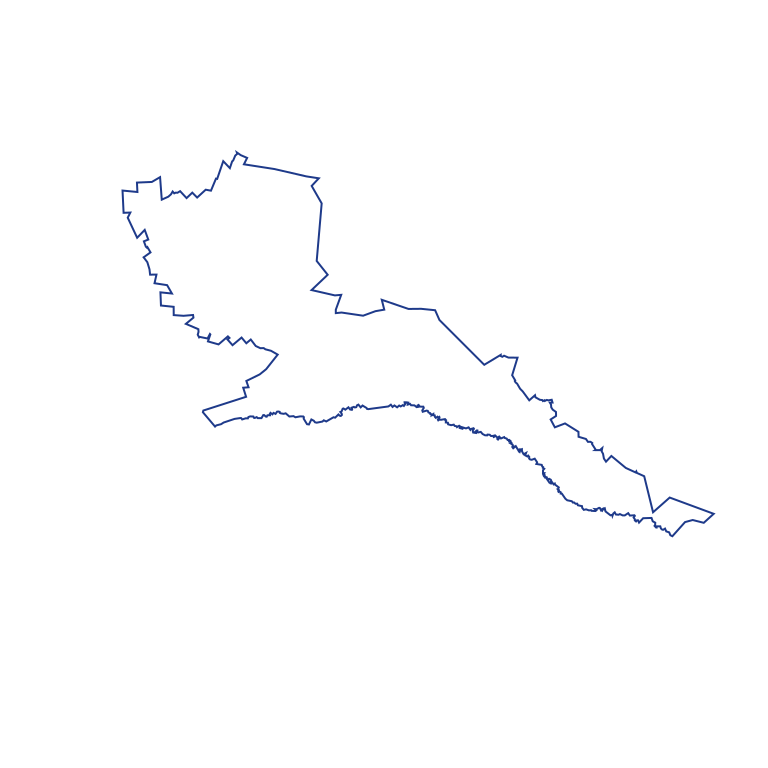 Ojinaga, Chihuahua, Mexico (Mercator projection), rotated 137°
{"feature_id": "50627088B59810365960374", "entity_name": "Ojinaga", "entity_type": "district", "adm_level": 2, "iso_a3": "MEX", "parent_name": "Mexico", "parent_adm1": "Chihuahua", "projection": "mercator", "projection_center": [-104.612, 29.546], "detail": "fine", "context": "isolated", "style": "outline", "palette": "blue", "viewbox_px": 768, "rotation_deg": 137, "n_neighbors": 0, "source": "geoboundaries", "source_scale": "gbopen_adm2", "svg_char_len": 6146}
<svg xmlns="http://www.w3.org/2000/svg" viewBox="0 0 768 768"><g transform="rotate(137 384 384)"><path d="M231.4,64.2L252.5,106.1L274.7,106.7L256.6,139.1L259.7,146.5L259.1,148.0L260.3,147.7L264.4,157.7L266.8,176.3L274.6,175.8L274.0,179.5L271.4,183.6L270.7,186.4L268.1,188.3L271.2,188.4L274.6,191.6L274.0,191.5L272.8,198.2L271.9,198.8L272.4,200.9L274.3,202.6L273.8,206.1L277.7,212.7L274.4,216.4L278.5,231.7L288.6,235.8L286.3,244.4L280.0,243.3L279.0,244.3L277.3,246.3L278.1,250.2L277.6,252.9L275.9,255.0L275.4,257.2L273.4,255.5L272.1,258.1L274.9,259.9L275.8,261.3L277.9,261.9L277.7,262.6L279.4,263.1L279.2,264.3L280.8,266.2L282.3,271.0L281.2,272.8L288.9,273.0L287.6,284.0L287.7,287.7L286.4,293.5L286.7,295.4L286.3,297.0L285.6,297.1L284.3,303.0L268.4,312.2L275.0,318.5L276.9,322.8L278.9,323.2L279.6,324.9L278.8,325.7L297.6,329.7L299.8,393.0L296.3,403.1L305.6,413.7L314.9,422.2L328.2,447.1L333.1,438.2L340.6,443.1L352.7,448.2L366.3,465.2L370.9,468.7L368.6,471.2L354.5,478.4L359.5,482.3L372.9,502.1L350.7,502.3L349.3,519.9L306.4,558.6L301.8,578.2L291.4,578.9L299.2,588.8L317.5,615.9L336.6,640.2L329.9,642.7L332.7,649.1L333.7,653.7L334.3,652.4L337.0,652.5L341.9,650.3L343.2,650.4L349.5,647.0L349.6,656.6L366.1,647.8L366.8,648.8L378.7,643.4L381.9,647.7L393.5,647.8L393.7,654.7L401.6,654.6L401.6,664.1L404.6,664.7L405.8,666.0L407.4,666.5L407.3,668.9L410.5,668.0L414.0,668.1L420.8,670.4L406.7,688.0L416.0,690.1L427.3,699.8L433.4,692.6L443.3,703.8L457.7,686.8L452.6,682.4L458.0,680.4L464.8,659.3L453.9,659.9L457.9,650.4L462.3,652.1L464.5,646.9L464.4,645.3L463.7,645.4L465.0,639.5L473.4,640.6L474.0,634.5L477.3,627.8L480.5,623.5L475.8,619.2L483.1,614.2L475.2,604.2L477.4,594.8L485.0,603.5L493.6,593.5L485.2,583.9L490.8,577.8L484.1,570.6L476.6,564.7L478.1,562.5L487.9,563.1L482.4,550.7L484.1,548.6L486.6,547.1L487.4,544.2L486.7,544.2L482.0,537.6L477.2,539.3L477.2,538.7L483.7,535.2L478.0,525.8L465.7,525.3L465.6,523.1L468.1,523.3L468.3,515.7L456.5,515.1L456.9,507.7L451.1,507.4L451.9,499.3L450.0,494.5L447.5,492.3L447.1,490.3L444.0,485.4L441.7,478.0L460.1,475.2L468.4,475.8L482.6,480.1L485.3,474.0L489.5,477.3L493.6,468.7L534.2,487.8L535.7,486.9L536.6,468.1L534.9,468.1L530.5,465.7L527.6,465.2L517.1,460.4L512.3,457.1L511.7,456.4L511.9,454.8L508.5,453.2L507.0,451.7L505.7,452.3L504.0,451.6L501.7,449.3L502.2,448.1L501.7,447.3L499.7,446.6L499.6,445.1L496.9,442.6L493.5,443.6L492.8,442.9L492.7,440.9L492.1,440.1L490.6,440.6L488.7,438.9L488.1,439.9L486.7,440.3L486.3,437.9L484.5,438.2L483.7,436.1L481.1,436.7L480.1,436.0L479.3,434.8L479.9,433.9L479.5,432.9L477.7,430.6L475.9,429.6L475.4,424.8L472.1,422.2L471.5,420.1L467.4,417.5L465.2,415.3L465.2,414.4L466.4,413.4L467.7,407.1L466.5,405.6L461.3,407.6L460.4,405.0L460.6,403.1L459.6,401.6L454.6,398.5L452.8,398.5L451.8,396.0L443.6,394.1L442.7,392.7L438.1,392.8L438.1,391.2L437.4,390.1L435.9,390.1L435.2,391.1L435.0,393.3L433.7,392.9L431.1,394.1L430.3,393.7L429.8,391.6L425.9,391.2L426.2,388.5L425.1,387.0L424.4,387.3L423.9,388.8L421.6,387.8L421.3,386.7L420.1,386.0L418.2,386.8L416.8,386.4L417.0,382.8L414.4,382.9L413.1,378.3L413.4,377.4L412.7,376.4L396.1,364.6L393.1,364.2L393.4,361.4L391.0,361.2L390.3,358.0L387.6,357.9L387.1,356.2L384.6,355.7L384.4,354.4L381.7,354.9L381.9,356.0L381.4,356.6L379.8,355.0L378.9,353.8L380.6,352.7L378.5,351.7L378.7,350.0L376.3,347.6L375.9,344.8L374.5,343.9L373.8,344.4L373.8,345.3L373.0,345.1L373.2,343.0L370.7,340.6L371.2,339.4L374.0,338.6L374.6,337.3L371.0,335.5L370.3,334.5L370.9,332.9L370.1,331.2L370.6,330.4L369.8,329.3L370.5,328.7L368.4,328.4L369.2,327.5L368.3,326.5L369.2,325.1L369.2,323.9L367.2,323.6L367.3,322.5L366.0,322.2L366.3,321.6L368.9,321.2L369.1,320.4L367.5,320.1L366.8,319.0L363.3,316.7L363.3,315.3L364.0,315.3L364.2,314.3L365.0,313.7L363.7,312.1L364.6,310.8L363.0,308.1L360.7,306.7L360.9,305.1L359.7,303.5L360.0,302.7L357.5,302.2L357.3,301.2L358.6,300.2L357.1,297.7L356.4,297.8L356.9,298.2L356.4,299.2L354.3,295.6L351.7,294.6L352.1,291.6L351.1,291.8L348.7,290.6L348.8,289.9L350.8,289.5L351.9,287.7L350.1,285.4L348.9,286.3L349.1,286.8L347.7,286.7L347.4,286.3L348.3,285.5L348.3,284.4L345.9,283.0L346.0,280.2L345.1,277.6L343.6,276.1L342.8,276.4L341.3,274.8L341.2,273.0L339.5,271.5L339.9,270.4L339.3,270.2L338.5,271.1L337.8,270.7L337.6,267.3L338.6,266.6L338.5,265.6L336.5,265.8L336.5,267.1L335.6,267.0L335.6,264.4L332.3,263.2L332.5,262.2L331.5,260.4L331.8,258.7L330.6,257.8L330.5,257.0L331.3,257.4L331.7,256.7L330.7,255.8L330.9,254.2L332.0,254.5L331.3,251.9L332.2,250.7L331.9,250.3L333.1,250.4L333.3,248.9L330.0,248.7L330.9,244.4L329.8,243.9L331.4,242.7L331.2,241.7L329.0,242.9L327.6,242.3L329.0,240.6L329.8,237.4L327.1,236.7L329.4,235.5L328.6,233.2L327.4,233.3L327.5,231.6L328.7,230.5L328.6,229.2L327.6,227.8L324.7,226.6L325.4,222.3L327.1,221.6L323.8,217.3L324.5,215.8L324.3,214.7L325.0,214.3L324.6,212.7L326.5,212.5L328.3,210.6L327.6,209.6L329.1,209.6L329.5,208.6L328.6,209.0L328.4,208.3L330.0,205.7L329.3,205.0L329.1,205.7L328.6,204.6L329.6,203.8L330.0,201.0L328.8,202.4L327.9,202.1L327.3,200.2L328.2,197.9L328.5,198.7L329.4,198.9L329.9,197.8L329.7,197.2L328.1,197.0L328.4,194.9L327.0,194.7L327.5,193.7L326.7,189.2L327.8,188.8L328.2,187.8L328.7,188.2L328.7,187.1L329.6,186.9L329.9,186.0L329.0,185.7L328.6,184.3L329.5,183.4L328.7,182.5L329.6,176.4L329.3,174.0L326.6,170.2L326.7,168.4L325.8,167.8L325.6,165.8L324.3,164.7L324.9,163.1L322.5,159.6L323.5,158.3L323.7,155.7L321.7,154.5L320.3,151.8L318.6,150.4L318.7,149.7L316.0,146.9L314.9,146.8L315.0,148.6L314.0,147.5L311.1,146.7L310.7,146.0L311.8,142.5L310.9,143.4L310.8,142.7L309.9,143.3L309.0,142.5L309.0,143.5L308.1,143.2L308.3,142.5L307.4,142.4L308.9,139.7L307.9,133.5L306.3,132.7L306.8,131.8L304.6,132.9L302.8,132.8L303.4,130.4L301.6,128.4L300.2,128.0L299.1,125.2L297.5,123.7L293.5,123.0L293.9,120.1L290.4,117.2L290.5,116.5L292.5,116.1L292.8,113.9L293.6,113.2L293.4,111.6L292.0,111.8L291.2,111.1L292.0,108.7L286.0,109.1L279.7,103.6L281.1,100.3L280.2,97.6L282.0,95.8L282.9,95.7L282.9,93.5L282.5,93.1L281.7,94.0L279.0,91.5L280.0,89.5L279.9,87.9L279.3,87.0L277.1,86.6L278.1,83.7L276.6,81.0L277.7,78.1L276.9,76.0L258.0,77.7L251.0,74.0L244.8,64.4L231.4,64.2Z" fill="none" stroke="#1e3a8a" stroke-width="2"/></g></svg>